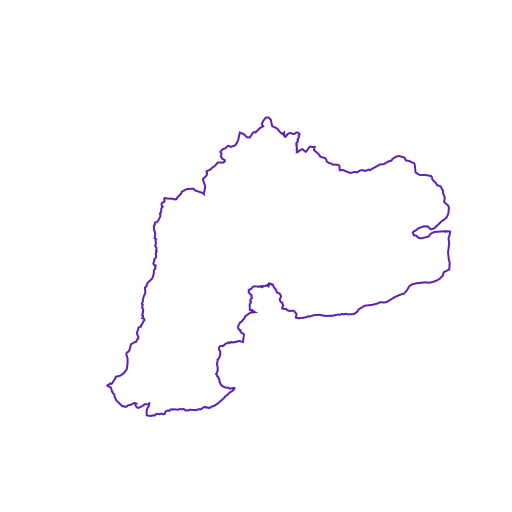 Piedecuesta, Santander, Colombia (Robinson projection), rotated 59°
{"feature_id": "7082276B40020724861964", "entity_name": "Piedecuesta", "entity_type": "district", "adm_level": 2, "iso_a3": "COL", "parent_name": "Colombia", "parent_adm1": "Santander", "projection": "robinson", "projection_center": [-73.001, 6.951], "detail": "fine", "context": "isolated", "style": "outline", "palette": "violet", "viewbox_px": 512, "rotation_deg": 59, "n_neighbors": 0, "source": "geoboundaries", "source_scale": "gbopen_adm2", "svg_char_len": 6108}
<svg xmlns="http://www.w3.org/2000/svg" viewBox="0 0 512 512"><g transform="rotate(59 256 256)"><path d="M290.5,447.8L290.2,449.8L290.5,450.2L294.4,448.1L298.2,449.3L298.7,448.9L299.5,449.3L301.9,448.8L304.1,449.8L308.0,450.1L316.1,447.9L316.9,446.3L317.9,445.9L318.5,444.2L318.1,442.6L319.1,439.9L319.3,435.8L320.8,434.8L320.6,435.8L323.4,436.3L325.1,435.7L325.8,434.6L326.1,430.9L325.8,427.7L327.3,425.2L327.4,423.5L329.6,425.4L330.5,427.4L332.2,429.4L336.2,431.7L337.8,430.2L339.2,427.9L339.3,426.9L340.5,425.2L340.0,423.6L340.8,421.4L341.8,420.4L342.4,418.2L344.2,416.5L344.4,415.7L342.7,413.5L343.0,411.5L344.1,410.0L343.6,408.5L344.2,406.7L344.9,406.5L345.4,404.9L347.6,402.1L347.8,400.3L349.2,398.6L349.6,397.1L350.9,396.2L352.2,396.0L353.5,393.3L353.8,391.7L357.1,387.0L358.0,383.5L358.9,382.9L358.8,378.1L359.5,377.0L360.4,376.8L361.0,375.4L362.0,374.7L362.1,373.4L362.6,373.1L362.3,371.1L363.0,369.2L362.7,364.8L361.2,356.2L360.5,354.9L360.5,353.1L359.4,348.4L359.6,346.1L358.7,342.9L357.8,342.6L356.2,346.8L354.8,347.4L353.1,349.8L350.9,351.5L349.0,352.2L345.2,352.2L344.0,351.3L342.2,351.3L341.2,350.6L339.3,351.2L338.2,350.6L336.8,351.1L334.4,347.8L330.8,345.8L328.5,345.3L326.5,343.1L325.1,342.5L324.6,340.3L322.5,337.8L319.3,335.7L316.8,335.9L315.6,335.1L314.8,333.0L315.4,331.5L316.2,330.8L315.5,326.6L316.2,325.2L315.8,324.0L317.2,323.1L316.9,321.6L318.5,320.1L318.4,319.2L319.5,317.3L319.8,314.6L323.0,311.5L317.1,306.7L316.0,306.9L314.7,307.9L312.4,308.2L311.9,307.6L311.5,308.2L310.6,308.0L309.6,308.7L307.1,307.7L304.7,303.6L304.7,301.5L304.0,300.4L304.1,299.6L302.8,297.0L302.1,296.5L301.7,290.1L303.6,285.8L301.9,286.8L300.3,287.0L300.3,288.1L299.1,289.1L294.1,286.3L293.6,284.8L292.6,283.8L291.8,284.1L290.7,283.6L289.9,281.0L288.2,280.8L287.5,280.1L283.4,281.1L282.7,280.3L281.4,279.8L281.6,276.9L280.8,274.4L281.6,272.3L284.0,269.1L284.0,268.1L285.1,267.5L284.6,267.1L284.9,266.2L285.9,266.1L285.7,264.8L286.6,263.0L286.6,261.7L288.4,261.0L287.7,260.3L286.5,260.1L286.2,259.1L287.6,259.4L287.4,257.6L288.7,257.2L289.1,256.3L291.6,256.8L295.5,256.3L297.8,256.9L300.5,255.0L303.4,255.2L305.5,258.1L307.7,258.5L308.6,258.4L309.3,257.6L311.4,257.9L312.6,258.4L313.8,260.3L314.7,260.5L317.0,257.4L318.5,257.2L320.0,256.0L322.4,251.9L326.1,251.1L327.6,251.9L328.9,253.5L329.5,253.5L331.3,251.6L332.9,248.4L334.3,244.5L334.6,242.0L335.6,241.2L336.3,237.4L337.6,234.5L338.6,233.3L339.1,231.8L342.8,227.8L346.6,221.3L348.3,216.2L349.6,214.4L349.9,212.0L351.2,210.9L351.7,208.9L353.4,207.3L356.2,201.9L355.9,198.3L354.6,195.2L354.6,188.5L357.9,181.1L359.3,176.3L359.7,173.0L361.7,170.4L362.8,167.7L362.7,158.5L363.3,153.0L364.4,148.6L363.3,144.6L360.7,139.8L360.8,136.3L361.9,132.7L365.6,124.8L368.4,120.8L369.8,115.7L370.2,112.1L369.9,109.0L369.4,108.3L369.4,106.3L366.6,103.5L367.1,97.3L361.4,93.4L358.7,92.7L352.1,89.7L344.5,83.8L340.2,82.0L335.6,77.2L334.6,77.2L333.6,79.5L332.8,79.9L332.3,80.8L332.7,81.4L331.8,81.8L327.3,90.7L326.9,94.7L328.1,97.6L328.0,98.9L325.9,105.5L324.0,107.4L321.0,108.2L319.6,110.0L316.6,109.5L316.2,108.5L316.4,106.1L315.9,102.6L317.0,96.9L319.3,93.4L323.1,92.5L323.9,90.2L323.9,87.9L322.0,79.8L321.3,73.1L318.9,69.5L314.1,65.8L311.7,65.3L308.0,66.6L306.3,66.7L303.4,64.2L298.3,63.2L296.0,61.9L294.7,62.3L292.3,61.8L291.1,62.1L288.3,64.4L286.4,64.2L281.3,65.4L279.4,64.7L277.7,64.7L273.5,69.4L271.5,73.2L270.0,74.5L266.6,76.2L259.3,72.8L257.6,72.8L255.8,74.4L253.7,75.5L251.2,78.3L248.1,78.0L244.4,81.4L243.1,83.8L243.1,89.3L243.7,90.0L243.9,91.2L243.3,93.1L243.0,99.5L241.4,102.6L241.0,114.4L240.0,114.9L239.4,118.7L237.4,120.2L236.3,122.6L236.4,126.3L234.8,127.8L233.3,132.7L226.9,137.3L225.7,140.0L221.7,138.1L221.0,138.2L219.8,139.0L217.3,143.1L215.7,143.7L213.8,145.6L211.3,146.7L209.8,146.2L207.9,146.3L203.9,149.8L201.1,149.8L195.1,151.7L192.7,149.5L192.0,151.2L190.3,152.8L190.0,154.0L192.2,158.7L192.3,159.8L188.3,161.2L188.0,162.8L188.4,166.8L188.1,167.6L186.8,166.4L186.2,166.7L184.9,165.5L182.4,164.6L182.0,163.8L181.4,164.1L180.2,163.4L179.8,163.0L180.0,161.9L179.0,161.4L178.7,160.5L177.3,160.1L176.1,157.8L174.8,157.5L174.5,156.1L173.2,155.9L171.5,156.9L170.9,158.0L171.2,159.8L170.6,161.3L168.5,162.9L167.8,164.2L167.7,165.6L169.0,168.9L168.9,169.7L167.1,170.0L166.4,168.9L165.3,169.0L164.6,168.5L164.9,170.3L165.7,170.4L162.1,171.6L157.9,172.1L153.0,175.2L146.5,173.1L143.6,174.0L142.4,176.4L143.9,180.2L146.0,183.2L148.5,183.0L148.4,187.2L149.3,190.1L149.2,191.5L149.9,192.5L148.6,194.4L148.7,195.0L151.2,200.2L149.7,202.5L145.3,203.7L141.8,206.3L147.5,211.6L150.5,216.7L149.4,221.6L147.4,222.7L147.1,223.8L148.0,226.3L147.3,230.1L148.4,233.0L150.5,232.8L152.4,234.7L155.3,234.8L157.8,233.4L158.8,233.9L159.1,235.9L156.2,240.5L157.6,245.0L157.8,248.4L158.4,250.3L157.9,254.7L160.1,255.5L161.5,256.8L162.8,262.1L170.2,263.7L173.6,266.5L174.8,268.3L176.0,268.8L174.4,269.3L168.4,274.5L166.1,274.9L163.0,280.8L162.7,286.3L164.0,288.2L165.4,293.6L166.3,295.1L165.6,296.7L164.3,297.5L160.9,302.7L159.2,304.4L160.3,305.7L161.5,305.8L162.3,306.8L162.1,309.0L162.5,310.0L164.2,310.9L165.6,310.5L166.5,312.7L169.9,315.0L170.1,316.6L172.4,317.1L175.2,321.5L175.9,323.4L175.3,325.2L177.1,326.7L177.4,327.9L180.4,329.7L184.2,330.6L186.9,332.2L188.4,333.8L190.2,332.9L191.3,334.4L193.9,335.3L194.8,336.8L196.2,337.4L197.2,337.0L199.4,338.1L200.1,339.1L201.0,338.9L202.1,340.5L205.4,342.1L206.8,345.3L207.7,345.5L209.6,347.9L211.0,348.0L212.5,346.9L213.6,348.3L214.8,348.4L215.7,350.8L219.1,353.3L221.8,356.4L223.3,363.0L225.6,365.7L225.9,367.5L230.6,369.8L232.4,372.5L235.3,375.7L236.5,376.2L238.3,378.5L239.4,378.2L241.8,380.3L243.6,380.1L246.5,382.2L247.8,384.0L248.8,383.6L249.6,383.8L250.7,385.5L252.2,384.2L253.5,384.6L254.3,386.7L256.1,389.0L256.2,390.3L257.2,391.0L256.8,393.1L257.1,394.0L258.6,394.9L259.1,396.1L261.2,398.1L264.8,398.5L266.1,399.5L266.2,400.7L267.9,403.2L267.3,404.9L267.3,408.7L271.7,413.1L272.3,414.3L272.2,416.0L272.6,417.2L273.9,417.9L277.6,418.8L282.1,421.5L286.6,425.2L288.4,430.0L288.7,433.8L287.3,438.4L288.4,439.6L291.0,444.9L291.2,445.6L290.1,446.7L290.5,447.8Z" fill="none" stroke="#5b21b6" stroke-width="2"/></g></svg>